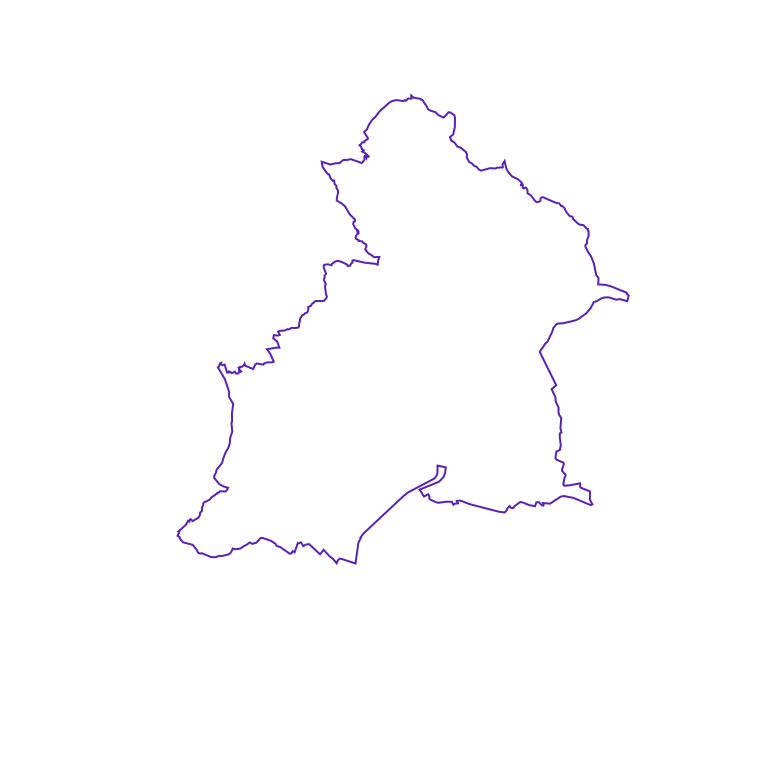 Pucioasa, Dâmbovita, Romania (Equal Earth projection), rotated 233°
{"feature_id": "2599482B55662531214535", "entity_name": "Pucioasa", "entity_type": "district", "adm_level": 2, "iso_a3": "ROU", "parent_name": "Romania", "parent_adm1": "Dâmbovita", "projection": "equal_earth", "projection_center": [25.458, 45.082], "detail": "fine", "context": "isolated", "style": "outline", "palette": "violet", "viewbox_px": 768, "rotation_deg": 233, "n_neighbors": 0, "source": "geoboundaries", "source_scale": "gbopen_adm2", "svg_char_len": 6166}
<svg xmlns="http://www.w3.org/2000/svg" viewBox="0 0 768 768"><g transform="rotate(233 384 384)"><path d="M597.9,579.4L595.4,577.6L597.5,575.0L597.1,571.8L598.1,571.4L598.4,569.6L603.4,564.7L605.2,560.2L605.5,557.6L604.4,544.5L602.4,537.4L602.2,533.9L599.9,527.5L597.7,523.7L597.3,519.7L589.9,519.1L589.4,518.4L589.8,515.3L589.6,514.4L588.9,513.9L590.1,511.8L589.3,510.0L589.5,508.2L587.0,508.4L584.8,507.8L583.1,508.6L582.7,508.4L582.7,506.5L580.2,507.8L575.0,508.8L574.8,508.4L576.3,507.3L575.1,506.1L577.5,506.4L577.8,505.9L577.5,505.2L574.9,503.6L573.8,499.3L583.6,492.8L584.9,489.8L587.4,486.2L587.2,481.2L589.3,478.5L591.6,473.2L599.0,468.0L594.3,465.6L587.1,465.4L585.3,465.6L584.5,466.3L580.4,465.1L577.0,465.6L576.9,466.4L576.5,466.6L573.3,464.9L570.6,465.2L569.3,464.0L566.5,463.8L564.4,462.4L560.7,458.1L558.9,456.7L553.6,458.9L549.2,459.8L540.4,458.7L532.9,459.8L532.1,459.5L531.4,458.4L531.8,457.4L530.3,455.6L525.3,454.7L523.4,455.5L521.3,455.5L520.3,454.8L521.5,454.3L519.6,453.5L519.7,452.2L519.1,450.5L517.9,449.4L516.7,449.1L514.2,450.3L513.6,449.8L511.2,452.2L508.5,452.6L506.4,453.7L504.7,453.1L502.9,450.1L497.8,450.1L494.3,451.7L491.3,452.3L488.3,456.7L486.0,453.5L483.1,450.8L485.2,449.4L492.7,441.4L501.3,434.2L501.6,433.1L499.9,431.9L500.1,430.8L499.0,428.0L499.3,427.2L500.3,426.0L501.4,426.5L506.5,423.9L509.3,422.0L510.5,420.6L511.2,418.4L511.2,414.6L510.5,413.5L513.3,411.3L515.2,408.0L514.9,407.1L513.3,406.0L507.0,404.1L506.3,401.7L505.2,401.1L503.3,398.6L498.7,397.6L497.6,395.7L490.8,391.8L488.1,390.9L487.3,389.7L486.5,386.1L491.6,378.9L491.2,376.5L491.3,374.4L490.4,372.7L491.2,370.0L488.3,367.6L487.3,365.8L488.0,363.7L487.6,361.8L488.1,360.0L486.5,356.0L484.4,354.4L484.0,353.2L481.1,350.7L480.6,349.6L482.0,347.0L484.5,343.9L484.9,340.8L486.0,339.7L486.7,336.4L488.3,334.2L489.6,331.0L485.9,330.3L486.5,328.4L489.3,325.5L487.1,323.0L482.2,324.3L476.0,322.3L478.1,319.4L482.2,311.4L476.8,311.4L468.2,309.4L468.7,307.6L471.8,303.3L472.6,300.5L472.0,299.4L477.0,294.7L477.0,292.8L474.7,288.5L482.2,284.1L484.1,284.9L483.3,283.3L483.3,280.7L484.3,279.3L484.5,277.7L484.0,277.6L483.8,278.7L482.9,277.0L482.0,276.5L481.6,277.2L480.1,277.5L480.0,276.7L481.0,275.6L480.1,274.0L481.6,272.0L483.6,272.3L484.3,269.0L486.8,268.3L487.4,267.3L486.7,266.8L487.6,265.6L495.5,268.4L496.3,266.2L498.1,265.4L498.9,266.6L499.2,265.5L497.0,262.0L497.2,261.4L483.5,259.8L470.8,255.5L466.9,252.5L458.9,251.6L451.7,244.6L445.9,240.5L444.4,238.5L437.2,234.1L433.6,228.8L429.4,225.1L426.8,221.5L424.5,216.0L421.1,210.6L418.4,207.2L416.4,199.0L414.2,196.2L412.5,192.7L410.9,191.9L403.1,192.2L398.6,194.3L394.9,197.0L393.5,193.7L393.9,192.1L397.0,188.7L396.7,187.3L397.3,185.4L396.8,185.0L397.3,183.9L397.0,181.9L397.4,178.3L396.6,175.7L397.1,171.4L397.8,169.5L397.4,167.7L396.3,167.0L395.0,164.5L392.7,162.7L392.0,161.6L392.1,159.9L390.3,158.2L389.0,155.9L389.6,148.7L392.4,148.3L392.5,147.1L391.2,145.8L392.6,145.2L392.0,144.3L391.7,142.5L390.9,141.8L389.9,131.0L389.0,131.3L388.6,130.8L387.0,127.8L384.9,128.7L383.9,128.0L378.5,128.2L370.6,134.5L364.4,134.6L360.8,134.0L358.9,135.6L358.5,136.7L349.8,141.8L346.9,145.4L346.0,148.8L344.0,151.4L341.2,158.0L341.9,161.2L343.6,164.2L341.5,165.8L339.0,170.2L338.9,174.2L338.2,178.0L338.4,181.2L335.5,182.7L334.1,187.0L335.3,192.6L334.4,194.2L326.7,199.4L321.8,201.1L319.3,200.8L316.2,203.0L305.4,206.5L304.6,207.4L304.7,208.9L305.5,210.5L303.4,211.3L308.8,219.5L308.1,220.0L307.9,221.5L307.3,222.4L303.0,222.0L302.8,225.0L301.1,227.9L286.5,230.4L287.9,236.0L278.9,236.9L275.4,238.0L269.3,238.3L270.9,240.9L271.2,243.5L269.8,244.9L257.8,253.2L272.5,267.9L275.1,272.9L275.5,272.8L277.0,277.8L282.7,331.5L283.0,337.7L278.2,367.2L279.0,370.5L280.3,372.7L286.6,377.7L280.2,383.2L275.7,378.7L273.8,375.2L272.9,369.7L273.4,366.9L278.2,348.9L270.0,348.2L269.4,353.0L266.7,352.6L266.3,351.9L264.5,351.1L258.7,354.1L256.5,355.8L252.6,362.7L249.2,367.3L245.8,366.8L245.8,368.6L244.2,371.2L246.9,371.8L244.8,374.9L236.1,380.4L213.1,398.7L208.8,403.0L209.3,405.8L210.5,408.4L211.0,410.9L208.9,410.8L207.2,412.2L207.9,414.7L207.8,421.8L206.3,423.2L199.4,427.4L195.5,431.2L197.8,434.4L196.4,436.6L192.3,437.0L191.0,438.0L191.3,438.7L193.3,439.3L188.5,444.6L187.7,457.2L186.3,460.2L179.0,466.8L163.0,476.1L162.6,477.5L162.5,478.0L167.8,478.8L174.3,483.9L182.3,479.0L183.6,478.7L186.7,480.8L191.4,471.2L194.2,466.8L195.4,466.7L196.3,467.1L200.4,471.7L201.6,473.9L202.7,474.4L207.3,473.9L208.5,474.5L211.8,479.4L213.1,480.0L219.8,476.2L221.8,476.4L226.3,481.0L225.5,484.8L228.6,488.3L236.2,492.6L238.7,494.8L238.4,496.5L242.5,498.3L250.2,505.1L253.4,505.3L256.4,506.3L259.9,509.1L266.9,510.7L270.0,512.8L279.0,514.8L279.4,520.8L315.9,527.7L319.2,537.1L319.4,540.1L324.5,549.8L326.8,553.0L328.1,557.8L327.6,559.3L324.9,563.3L321.1,571.7L319.5,575.6L318.9,578.7L318.7,587.7L320.2,594.6L323.1,600.7L322.1,604.1L321.7,608.6L320.4,612.3L317.8,615.8L311.5,620.2L310.0,623.4L303.8,628.0L307.4,632.7L309.8,632.1L311.0,632.7L326.0,623.6L330.0,620.4L334.7,615.0L339.5,619.1L343.3,619.1L354.1,624.2L361.3,626.2L367.4,626.5L372.7,627.6L373.7,628.4L374.2,631.0L376.5,632.4L378.9,636.3L382.4,639.0L384.5,639.5L385.0,640.2L386.4,639.5L391.0,638.8L393.7,636.0L396.7,635.2L402.4,634.3L403.4,635.1L404.8,634.9L406.0,633.5L407.6,633.2L412.3,633.2L415.6,634.0L418.8,633.6L419.5,632.6L422.6,632.7L425.6,630.1L437.5,623.4L438.1,622.6L438.1,621.4L437.8,620.4L436.1,619.1L436.1,618.2L437.1,615.6L438.8,614.9L446.3,614.8L450.0,613.4L452.6,615.3L454.9,615.6L455.7,615.3L456.0,613.6L457.2,612.8L459.6,614.7L460.4,613.0L460.8,613.2L461.0,614.7L462.1,615.2L467.3,614.0L472.7,611.2L478.2,610.8L482.9,611.5L489.5,614.5L488.0,610.7L485.6,609.4L485.7,608.5L487.0,607.4L487.8,605.5L488.8,604.6L488.9,602.9L492.5,598.7L496.0,589.9L498.1,588.9L501.8,588.6L504.2,587.2L506.6,587.1L510.3,585.7L515.2,586.4L516.9,588.3L519.9,589.0L526.5,587.5L529.4,585.5L534.4,585.6L538.1,584.2L541.5,585.4L541.7,589.5L546.7,595.3L553.7,600.8L556.2,601.9L560.8,600.5L562.2,599.0L560.9,593.0L561.0,591.9L565.8,589.3L570.1,588.7L573.9,585.9L576.9,584.5L579.7,585.1L587.9,585.6L588.9,584.6L589.8,584.7L594.8,580.0L597.9,579.4Z" fill="none" stroke="#5b21b6" stroke-width="2"/></g></svg>